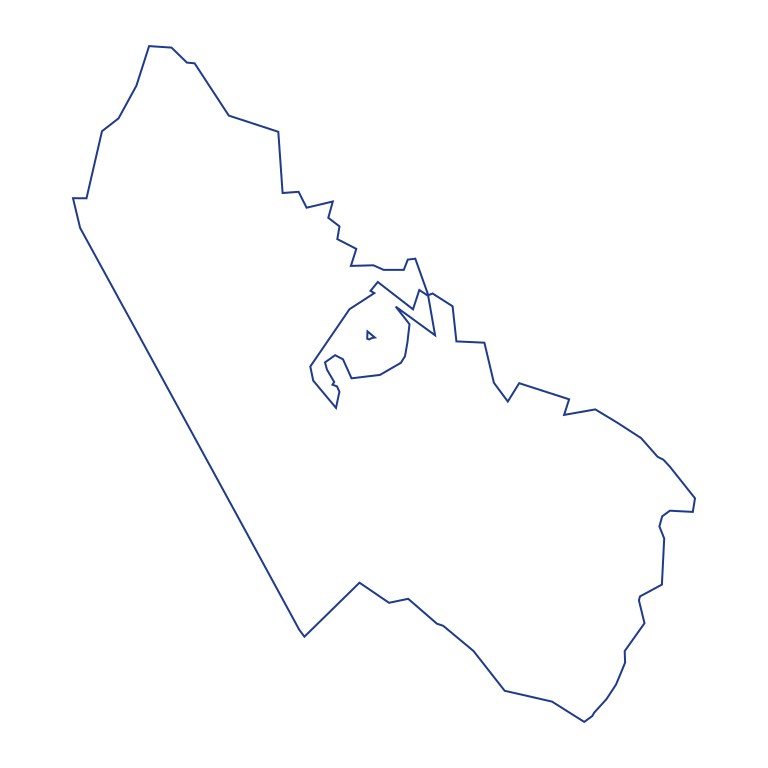 the district of Prince William, Virginia, United States of America
{"feature_id": "52423323B11755625114877", "entity_name": "Prince William", "entity_type": "district", "adm_level": 2, "iso_a3": "USA", "parent_name": "United States of America", "parent_adm1": "Virginia", "projection": "robinson", "projection_center": [-77.449, 38.722], "detail": "fine", "context": "isolated", "style": "outline", "palette": "blue", "viewbox_px": 768, "rotation_deg": 0, "n_neighbors": 0, "source": "geoboundaries", "source_scale": "gbopen_adm2", "svg_char_len": 1429}
<svg xmlns="http://www.w3.org/2000/svg" viewBox="0 0 768 768"><path d="M304.4,636.7L359.5,582.7L389.0,602.8L408.2,598.8L436.9,623.7L443.2,625.8L473.5,651.0L504.7,690.8L552.0,701.6L584.2,721.9L592.2,716.1L594.3,712.5L606.5,699.1L616.0,684.6L619.2,677.0L625.1,662.6L624.7,651.1L644.5,623.2L638.9,600.3L640.0,596.4L661.9,584.6L664.2,538.5L659.4,526.4L662.2,516.3L669.9,510.7L692.8,511.9L695.0,498.3L669.8,466.6L663.4,459.7L657.6,456.8L641.1,438.1L617.3,422.7L595.3,409.4L564.1,414.9L569.1,399.3L519.2,383.2L507.8,401.5L493.9,382.8L484.4,342.7L456.4,341.4L452.6,306.3L432.6,293.5L428.3,295.2L415.3,258.7L407.8,259.6L403.8,269.9L383.7,269.9L373.4,265.3L350.9,265.9L356.3,248.9L337.3,239.1L339.5,226.4L328.3,217.8L332.8,201.5L306.6,207.7L298.6,191.8L282.6,193.0L278.3,131.8L228.8,115.6L194.6,63.3L186.9,62.6L171.5,47.6L149.1,46.1L136.4,85.7L118.6,118.3L102.0,131.2L86.5,198.3L73.0,198.2L80.1,227.9L117.9,297.0L118.0,297.3L130.6,320.2L186.7,423.1L243.9,527.9L299.1,629.5L304.4,636.7ZM395.7,306.6L409.5,324.2L407.4,342.5L405.0,356.2L400.9,362.8L380.0,374.9L351.5,378.3L343.0,359.3L335.1,355.2L325.0,362.4L327.0,369.7L334.2,382.0L332.5,384.7L337.0,386.4L339.4,391.8L336.0,407.9L313.2,380.6L310.3,366.5L349.5,309.2L374.3,293.1L370.5,290.9L377.8,282.0L413.0,309.3L419.3,290.0L428.2,295.9L435.1,335.3L395.7,306.6ZM367.2,338.7L369.1,339.4L372.3,337.9L374.8,337.5L367.5,331.4L367.2,338.7Z" fill="none" stroke="#1e3a8a" stroke-width="2"/></svg>